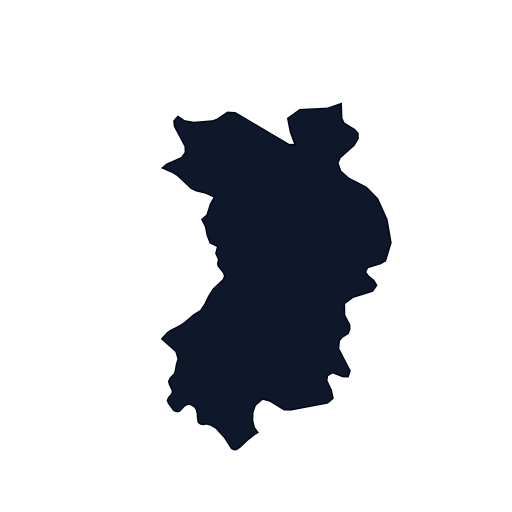 the border of Rhône, rotated 215°
{"feature_id": "FRA-5338", "entity_name": "Rhône", "entity_type": "Metropolitan department", "adm_level": 1, "iso_a3": "FRA", "parent_name": "France", "parent_adm1": "", "projection": "natural_earth1", "projection_center": [4.648, 45.872], "detail": "fine", "context": "isolated", "style": "filled", "palette": "ink", "viewbox_px": 512, "rotation_deg": 215, "n_neighbors": 0, "source": "natural_earth", "source_scale": "10m", "svg_char_len": 1845}
<svg xmlns="http://www.w3.org/2000/svg" viewBox="0 0 512 512"><g transform="rotate(215 256 256)"><path d="M285.6,134.1L284.6,142.3L283.1,146.2L278.0,155.8L276.4,160.0L273.1,172.5L270.0,179.7L270.2,187.4L271.6,195.7L272.0,204.6L269.3,217.4L269.9,221.3L272.7,223.6L281.4,226.2L283.2,228.1L284.5,231.7L290.4,235.2L292.8,241.8L301.1,240.5L307.8,245.0L314.2,251.2L321.3,254.9L319.6,261.4L323.1,272.6L323.8,280.5L333.4,278.7L342.6,275.1L347.9,274.3L366.5,277.0L372.0,276.7L383.2,274.4L381.7,280.1L373.3,294.0L373.3,300.4L376.9,305.2L397.2,315.5L400.7,319.6L400.0,325.6L392.3,325.6L383.5,329.7L368.8,341.9L366.3,345.6L361.7,357.4L355.1,361.4L292.8,366.2L288.4,369.3L287.2,369.2L299.0,377.4L308.9,386.9L304.0,401.0L282.1,418.0L273.6,429.7L264.8,418.0L260.2,415.3L247.7,416.1L242.7,414.8L239.7,410.6L239.2,402.9L243.5,384.7L242.3,379.1L235.2,374.0L224.5,372.8L205.0,375.5L189.3,372.6L169.6,360.9L153.1,344.3L147.2,326.3L149.7,321.1L158.0,310.5L157.2,305.6L152.4,304.0L145.6,303.5L140.4,301.2L140.4,294.1L153.0,277.7L156.3,267.7L149.5,258.3L139.8,253.3L137.2,249.8L136.2,245.4L138.9,238.7L139.2,234.4L135.2,227.4L113.2,215.9L111.3,209.9L115.7,207.0L126.3,204.4L128.9,198.9L126.5,194.4L117.5,189.3L111.3,183.6L113.1,176.7L139.2,150.0L144.7,146.2L161.5,145.2L168.7,142.6L171.0,133.3L168.9,126.0L164.5,119.3L159.0,114.4L153.3,112.5L154.8,109.2L157.4,100.6L159.4,90.8L160.2,88.4L161.2,86.1L163.0,84.7L165.8,84.4L177.7,89.3L190.1,92.1L196.0,91.6L200.2,90.1L202.3,87.9L204.9,86.6L207.8,86.6L211.2,90.1L213.4,93.0L216.4,95.8L219.7,97.2L224.2,97.0L226.9,95.3L228.4,92.9L228.9,90.4L229.2,87.7L229.7,85.0L231.4,83.2L234.6,82.3L243.1,85.2L245.7,86.8L246.4,90.2L246.0,92.8L246.0,95.5L247.1,97.7L253.4,101.3L255.6,103.3L256.2,106.8L255.3,112.6L256.0,115.3L258.8,121.3L260.8,127.2L266.8,131.9L285.6,134.1Z" fill="#0f172a" stroke="#020617" stroke-width="1.5"/></g></svg>